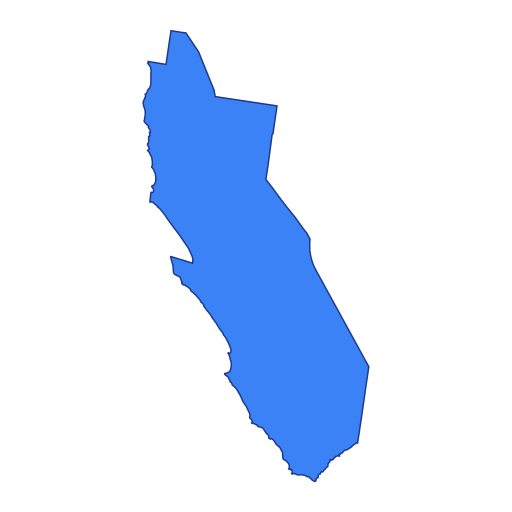 the district of Bayside (Vic.), Victoria, Australia
{"feature_id": "25037944B24270951064752", "entity_name": "Bayside (Vic.)", "entity_type": "district", "adm_level": 2, "iso_a3": "AUS", "parent_name": "Australia", "parent_adm1": "Victoria", "projection": "orthographic", "projection_center": [145.013, -37.94], "detail": "fine", "context": "isolated", "style": "filled", "palette": "blue", "viewbox_px": 512, "rotation_deg": 0, "n_neighbors": 0, "source": "geoboundaries", "source_scale": "gbopen_adm2", "svg_char_len": 6067}
<svg xmlns="http://www.w3.org/2000/svg" viewBox="0 0 512 512"><path d="M148.2,61.5L148.6,62.7L147.7,63.1L147.9,63.6L148.8,64.7L149.2,65.4L149.6,65.9L150.1,66.4L150.5,67.2L151.2,70.8L150.9,74.0L150.9,79.5L151.0,80.3L150.9,81.1L150.9,82.9L150.7,84.6L150.4,86.1L149.8,87.4L149.5,88.1L148.5,89.1L148.1,89.6L147.5,90.8L147.1,92.1L146.5,93.2L146.0,93.7L145.1,94.3L145.1,94.6L145.5,95.0L145.7,95.5L145.6,96.0L144.7,98.3L144.8,98.7L144.3,99.2L143.2,101.8L143.2,103.8L143.4,104.4L143.5,105.3L145.2,110.7L145.2,112.2L145.3,113.9L145.3,114.7L145.1,115.4L145.0,116.2L144.8,117.1L144.5,119.6L144.1,121.2L144.4,121.9L145.8,123.4L147.2,125.0L148.2,125.9L148.5,126.5L148.6,127.1L148.4,127.6L149.3,128.7L149.9,129.7L150.2,130.9L150.3,131.6L150.4,132.3L150.2,132.5L149.5,132.5L149.7,133.8L149.8,135.8L149.6,136.1L148.6,136.4L148.7,138.0L148.6,139.7L148.8,140.2L148.3,143.4L147.8,143.6L147.5,144.1L147.6,144.8L148.1,145.9L148.4,146.7L149.5,148.6L147.6,150.5L148.6,151.5L149.7,153.3L150.3,154.7L151.6,157.2L151.8,158.0L152.3,161.2L152.3,162.8L152.4,163.6L152.4,165.3L152.1,165.9L151.7,166.5L151.7,167.2L153.1,168.7L154.9,172.6L155.4,174.4L155.8,176.9L155.7,178.5L155.8,179.4L155.8,180.2L155.6,181.7L155.2,182.6L154.6,184.0L153.8,185.1L153.2,185.2L152.9,185.8L152.4,186.0L151.8,186.1L151.8,186.8L153.1,188.5L153.4,189.1L153.6,189.9L153.6,190.7L153.5,191.4L153.2,192.1L152.7,192.6L151.5,192.3L151.1,192.3L150.9,192.9L150.5,195.6L150.3,198.4L150.1,199.2L149.9,201.8L150.1,202.1L150.4,201.8L151.7,202.0L153.1,202.5L153.6,202.9L158.0,206.8L157.8,207.0L159.7,208.6L163.5,213.2L165.4,215.7L166.0,216.5L166.4,217.4L169.7,222.0L172.3,225.6L175.9,230.3L180.2,236.1L188.3,248.0L188.9,249.2L192.2,256.5L192.8,258.5L192.8,261.2L192.6,263.2L171.1,256.6L170.9,256.5L170.7,256.6L170.6,256.8L170.6,257.0L172.9,265.3L173.5,272.4L173.8,273.1L174.3,273.9L175.1,274.6L179.2,276.6L180.1,277.2L180.3,277.8L181.9,282.1L181.8,282.3L182.0,282.6L181.8,283.0L181.7,283.2L181.9,283.6L182.1,283.8L182.8,284.2L183.0,284.7L183.3,284.9L185.0,285.0L185.4,285.6L186.0,285.9L187.3,286.6L188.9,287.9L189.9,288.8L190.8,289.9L190.8,290.6L191.2,291.2L193.7,293.1L194.1,293.7L195.7,295.0L198.0,297.7L199.0,298.6L199.4,299.2L199.8,299.7L200.5,301.0L200.7,301.8L201.8,302.7L203.6,304.7L203.8,305.2L203.8,306.3L204.3,306.8L205.1,307.9L207.0,310.5L209.7,313.7L211.3,316.0L211.9,317.3L214.0,320.1L215.2,321.9L216.5,323.5L216.8,324.2L217.2,324.8L218.3,326.7L219.8,329.1L221.9,331.8L222.7,333.0L223.1,333.3L223.2,333.8L223.2,334.3L223.2,334.5L224.1,335.5L225.3,337.2L226.2,338.7L227.1,340.4L227.5,341.0L228.7,343.6L229.6,345.8L230.4,347.8L231.0,349.9L231.0,350.7L230.8,352.0L230.3,353.0L230.0,353.2L229.6,353.4L229.1,353.4L228.9,353.0L228.5,352.7L228.1,353.0L228.0,353.3L228.2,353.5L228.7,353.5L228.9,353.8L229.0,354.4L228.9,355.0L229.5,355.8L229.9,356.9L229.9,358.1L230.4,359.9L231.1,361.7L231.2,362.3L231.3,363.8L231.2,366.1L231.2,366.8L230.6,369.2L230.3,370.3L229.7,371.4L229.6,371.8L229.0,372.1L228.6,372.1L227.4,372.9L226.5,373.2L225.1,373.3L224.6,373.8L224.8,374.4L225.3,374.7L225.5,375.1L226.6,376.0L226.9,376.0L227.3,376.2L227.6,376.7L228.2,377.1L228.5,377.6L228.6,378.2L228.9,378.6L229.1,379.3L229.9,380.2L230.0,380.9L230.0,381.5L230.2,382.0L231.3,382.5L231.9,383.7L232.3,385.1L232.9,385.5L235.0,387.3L236.0,388.4L236.8,389.5L237.6,390.6L238.2,392.0L239.7,394.4L240.4,395.7L241.3,397.7L242.5,400.5L242.6,401.1L243.0,401.7L243.5,402.2L243.9,402.8L244.3,403.4L244.5,404.2L245.5,405.1L246.2,406.3L247.4,408.9L248.8,411.7L249.2,412.5L250.0,414.8L249.6,417.4L249.7,417.8L252.1,420.4L252.2,421.5L252.0,422.3L251.7,423.0L252.0,423.4L253.0,423.2L257.2,425.1L257.2,425.5L257.5,426.0L258.3,426.4L258.8,426.8L260.3,427.0L262.4,427.8L262.9,428.2L263.8,429.3L264.1,430.0L265.7,432.3L266.5,433.5L266.9,434.0L267.5,434.2L268.0,434.7L268.6,436.1L268.8,436.9L268.8,438.1L269.3,438.3L270.4,439.1L270.9,438.6L271.5,438.6L273.7,440.2L274.2,440.8L274.4,441.5L275.3,442.6L275.9,443.9L276.3,444.5L277.0,444.8L277.3,445.5L278.5,446.1L278.6,446.6L279.2,446.8L279.6,447.4L280.1,447.9L280.4,448.5L280.8,449.1L281.4,450.6L281.9,451.1L282.5,452.5L282.6,453.3L282.6,455.5L282.7,456.4L282.8,457.3L282.9,458.2L283.2,458.9L283.7,459.4L284.2,459.8L285.5,460.5L286.7,461.3L287.0,461.9L288.5,463.4L288.8,464.1L289.3,465.6L289.3,466.5L289.3,467.4L289.1,468.2L288.6,468.7L288.8,469.1L289.5,469.2L290.2,469.4L291.0,470.1L291.7,469.6L292.0,470.3L292.3,471.8L292.1,472.5L291.6,473.6L291.9,473.9L292.5,473.9L293.2,473.7L293.9,473.6L294.8,473.7L296.8,474.6L298.3,475.0L299.1,474.8L299.8,474.8L302.5,474.9L304.2,475.2L304.9,475.4L305.5,475.8L306.3,476.1L306.9,476.4L307.4,476.8L308.8,476.7L309.4,477.1L309.7,477.7L310.3,478.1L311.4,479.1L311.6,479.6L311.9,479.8L312.3,480.1L313.4,480.9L313.8,481.0L314.3,481.3L314.9,481.2L315.2,481.0L315.5,481.2L315.8,480.8L315.9,480.1L316.1,479.7L316.1,479.3L316.5,478.5L316.8,478.1L318.1,477.6L318.2,477.0L318.3,476.4L318.3,474.9L318.8,474.5L319.6,474.0L320.1,474.1L320.6,473.1L320.7,472.4L321.0,472.0L321.5,471.9L322.6,471.9L323.5,471.0L324.2,469.9L325.2,469.1L326.0,468.0L327.0,467.0L327.6,466.7L327.9,466.2L327.9,464.6L328.3,463.3L328.7,462.9L329.7,462.2L329.8,461.7L329.8,461.3L330.1,459.9L330.3,459.6L330.7,459.5L331.2,459.7L331.6,460.2L332.0,460.1L332.9,459.4L333.5,459.2L333.7,458.4L335.3,457.0L335.3,456.6L337.2,456.0L338.0,455.8L339.5,456.1L339.5,455.9L338.9,455.6L338.5,455.1L338.8,454.9L339.3,454.7L340.0,454.3L340.1,453.8L342.2,452.9L342.7,452.4L344.0,450.8L344.6,450.4L346.3,449.8L347.2,449.7L347.9,449.4L348.3,448.9L349.4,448.2L350.1,447.9L351.1,447.1L351.7,446.8L352.0,446.1L352.5,445.7L353.1,445.4L354.1,444.5L355.2,443.7L355.8,443.5L356.5,442.8L356.7,442.6L357.6,443.0L361.8,415.1L366.0,385.8L368.8,366.7L316.1,270.5L313.8,266.0L312.4,262.3L311.1,257.9L310.4,254.4L309.8,250.5L309.7,243.5L310.0,239.0L306.5,232.6L305.1,231.1L303.3,228.7L295.0,217.2L289.1,209.9L280.7,199.2L272.7,188.2L265.9,179.4L268.3,163.4L272.1,134.7L272.3,134.4L272.9,133.9L273.0,133.6L277.0,105.9L215.2,96.6L214.0,90.0L198.6,51.9L185.9,32.9L183.8,32.7L171.0,30.7L166.0,64.4L148.2,61.5Z" fill="#3b82f6" stroke="#1e3a8a" stroke-width="1.5"/></svg>